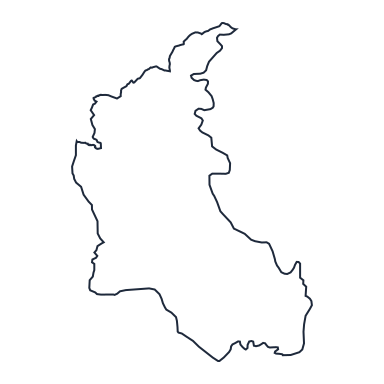 the district of Pan de Azúcar, Maldonado, Uruguay
{"feature_id": "84410073B72110220919520", "entity_name": "Pan de Azúcar", "entity_type": "district", "adm_level": 2, "iso_a3": "URY", "parent_name": "Uruguay", "parent_adm1": "Maldonado", "projection": "natural_earth1", "projection_center": [-55.245, -34.679], "detail": "fine", "context": "isolated", "style": "outline", "palette": "slate", "viewbox_px": 384, "rotation_deg": 0, "n_neighbors": 0, "source": "geoboundaries", "source_scale": "gbopen_adm2", "svg_char_len": 5589}
<svg xmlns="http://www.w3.org/2000/svg" viewBox="0 0 384 384"><path d="M76.7,141.2L75.9,145.5L75.9,155.2L74.0,160.7L72.1,166.5L72.5,173.4L73.7,175.5L74.2,178.9L76.1,182.6L81.1,186.8L83.6,194.7L88.6,201.6L91.9,205.0L92.0,209.5L97.5,221.2L97.7,233.5L100.2,238.4L103.7,242.3L101.7,243.4L97.5,246.1L96.4,250.2L94.4,252.5L97.3,255.9L96.0,257.8L92.4,259.5L92.0,262.3L94.3,263.9L94.3,270.1L93.5,272.6L92.8,276.6L89.7,280.2L89.3,287.9L90.2,290.3L95.2,292.4L97.0,294.1L101.0,294.6L113.3,294.5L114.6,294.9L117.2,293.7L120.0,291.3L125.8,290.1L149.1,288.4L154.7,289.5L159.5,294.2L161.6,298.8L162.9,303.2L164.9,307.3L166.3,309.6L171.4,312.6L176.0,317.1L176.9,320.8L177.5,327.2L177.7,331.6L178.5,332.6L181.8,333.5L186.7,336.8L193.0,340.9L198.9,346.7L212.8,357.6L218.0,361.0L219.4,361.0L223.8,357.5L229.1,352.0L230.7,349.3L231.1,346.4L232.5,344.4L235.0,343.2L238.1,341.4L239.9,341.6L240.4,344.5L242.6,347.1L244.6,348.9L245.8,349.5L247.5,348.0L247.6,344.9L249.2,341.5L251.5,341.0L253.2,341.6L253.9,345.7L256.0,346.2L259.1,345.5L261.6,344.0L263.1,342.9L265.1,343.3L266.5,345.2L268.0,346.9L269.8,347.5L273.3,347.3L276.0,347.2L277.8,347.4L278.1,349.3L275.1,351.5L274.7,352.9L276.1,353.6L279.2,353.8L282.0,354.2L282.9,354.8L282.9,355.2L290.7,355.0L299.4,352.2L302.3,349.5L304.0,343.4L303.5,331.7L304.1,324.3L305.6,315.8L309.9,308.9L311.9,305.2L311.4,301.1L309.9,298.7L307.3,296.6L305.6,295.9L306.2,286.7L303.2,283.9L303.4,280.3L300.1,277.7L300.1,266.9L300.1,263.6L298.6,262.0L296.7,261.9L295.0,264.9L294.0,267.7L292.6,269.9L290.6,272.4L287.2,274.0L284.5,273.7L281.3,272.2L278.7,267.8L277.0,265.5L275.3,261.5L274.9,259.2L272.6,251.3L269.1,243.8L266.6,242.3L261.8,242.5L255.0,241.2L251.1,239.7L244.7,233.8L233.9,228.6L230.7,222.4L223.0,214.2L220.4,211.3L217.1,202.1L214.2,195.9L212.7,193.7L209.5,184.8L209.4,175.7L212.2,173.7L221.1,173.7L225.8,173.8L228.8,172.8L229.8,170.0L230.1,163.2L227.7,158.0L227.2,155.4L222.7,152.8L216.1,149.5L212.1,146.4L211.3,137.7L208.4,135.4L202.3,132.4L200.1,130.6L198.6,128.3L201.3,124.7L202.8,120.5L201.4,118.3L196.3,115.7L194.7,113.9L195.5,110.8L198.6,108.7L201.3,108.9L204.3,110.2L210.5,109.1L212.8,107.7L213.6,106.3L213.7,103.1L212.7,99.2L211.6,96.1L208.4,92.2L205.5,89.7L205.9,87.6L207.9,83.8L208.0,81.4L206.7,80.0L203.8,79.6L200.2,80.2L197.9,81.1L196.1,80.8L194.1,80.1L191.6,77.8L191.0,75.6L193.8,74.0L200.3,73.7L203.6,72.7L206.1,70.3L207.2,66.1L209.0,61.7L216.7,53.0L220.0,50.7L222.0,48.1L222.0,46.1L220.6,44.5L217.4,41.2L217.0,37.8L218.0,36.1L219.8,34.6L223.8,34.8L229.0,34.3L231.2,33.4L236.1,29.3L235.7,29.3L234.6,29.0L232.4,28.3L231.6,27.7L230.9,27.2L230.5,26.8L230.2,26.5L228.9,25.1L228.3,25.0L228.2,25.0L227.9,24.6L227.8,24.3L227.6,24.2L226.9,24.2L226.2,24.1L224.4,23.4L223.9,23.1L222.1,23.0L221.8,23.2L221.3,23.7L219.8,25.7L219.4,26.1L219.1,26.3L212.4,28.5L212.1,28.7L210.9,29.1L210.7,29.2L210.1,29.4L209.6,29.8L208.0,31.0L207.4,31.1L207.0,31.2L206.7,31.2L204.8,31.9L204.6,32.1L204.0,32.4L203.2,33.1L202.7,33.4L202.6,33.6L202.2,33.8L202.1,34.0L201.7,34.2L201.1,33.6L197.9,32.5L195.3,32.4L192.0,33.8L190.2,35.0L188.7,36.4L187.7,37.6L186.7,38.9L185.6,39.8L183.7,41.6L183.7,42.0L183.8,42.8L183.8,44.0L183.7,44.2L183.2,44.4L182.4,44.5L180.1,45.1L179.6,45.3L179.1,45.5L178.5,45.7L177.9,45.8L175.7,46.4L175.0,46.7L174.8,46.8L174.6,47.2L174.5,47.5L174.2,48.1L173.9,48.8L173.1,50.2L173.0,50.5L172.7,51.2L172.5,51.6L172.1,52.4L171.5,53.3L171.3,53.7L170.7,54.7L170.1,55.7L169.9,56.1L169.6,57.9L169.1,58.9L169.1,59.4L169.0,59.7L169.1,60.5L169.3,61.6L169.6,62.2L169.7,62.7L169.7,63.2L169.9,64.0L169.7,64.8L169.7,65.0L169.5,65.6L169.5,66.3L169.3,67.1L169.4,67.4L169.4,67.6L169.4,67.9L169.9,70.5L169.9,71.2L169.9,71.3L169.4,71.2L168.9,71.1L167.1,70.8L165.7,70.5L165.0,70.4L164.5,70.5L161.8,69.2L161.2,69.0L160.4,68.9L160.1,68.8L158.7,67.9L157.0,66.7L156.4,66.4L156.0,66.4L155.6,66.5L153.0,67.2L151.9,67.7L151.5,67.7L150.9,67.4L150.1,67.9L149.2,68.8L148.6,69.2L148.0,69.3L147.7,69.5L146.8,70.1L145.5,70.5L145.1,70.9L144.2,72.1L142.5,74.8L140.1,77.9L139.8,78.2L139.6,78.3L138.2,78.6L137.7,78.8L137.3,79.2L134.7,82.0L134.3,82.4L133.7,82.7L133.4,82.7L133.2,82.5L131.9,80.6L131.7,80.5L131.4,80.6L130.9,81.0L129.0,83.5L128.6,83.9L127.7,84.1L127.4,84.3L127.2,84.7L126.6,85.9L126.4,86.2L124.0,87.5L121.7,88.8L121.5,89.2L121.2,90.1L121.0,90.8L121.1,91.9L121.0,92.7L120.9,93.1L120.8,93.5L120.7,94.0L120.7,96.2L117.0,98.5L111.2,96.4L108.4,95.2L105.5,94.9L102.6,95.0L101.6,95.0L101.2,94.8L100.9,94.8L100.7,95.0L100.2,94.9L99.9,95.0L99.6,95.3L99.2,95.3L98.9,95.5L98.6,95.5L98.6,95.8L98.4,96.0L97.9,96.0L97.5,95.9L97.3,96.0L97.2,96.0L96.8,96.3L96.5,96.3L96.5,96.5L96.1,96.7L95.9,96.9L95.7,97.0L95.1,97.3L93.6,97.9L93.6,98.7L94.7,100.7L96.5,101.6L95.0,103.6L93.1,104.5L91.9,107.7L90.7,110.2L94.1,115.1L90.8,119.0L91.8,122.7L92.4,125.0L94.9,129.1L94.5,132.9L92.7,136.9L93.0,137.7L94.1,138.9L95.6,139.3L96.8,140.2L97.1,141.2L97.5,142.0L98.8,142.5L100.5,142.9L100.8,143.6L101.0,148.1L100.6,148.2L99.4,148.5L98.7,148.7L97.6,148.9L97.2,148.7L96.7,148.7L96.3,148.4L96.0,148.3L95.8,148.2L95.5,147.7L95.0,147.4L94.9,147.1L94.9,146.8L95.2,146.5L95.3,146.2L95.2,145.9L94.8,145.6L94.4,145.4L94.2,145.2L93.9,145.0L93.7,144.9L93.1,145.0L92.7,144.9L92.0,145.0L91.9,145.1L91.6,145.2L91.3,145.1L91.2,145.1L90.9,145.1L90.5,144.9L90.4,145.0L90.0,145.2L89.9,145.1L89.6,144.8L89.3,144.7L89.1,144.9L88.8,145.0L88.7,144.9L88.4,144.8L87.9,144.3L87.9,144.2L88.0,144.1L87.8,143.7L87.5,143.7L86.5,143.6L86.3,143.5L86.0,143.3L85.7,143.1L85.5,142.8L85.3,142.7L84.4,142.9L83.8,142.9L81.0,142.7L80.6,142.5L79.6,142.0L78.7,142.0L77.7,142.0L77.4,141.9L76.9,141.5L76.7,141.2Z" fill="none" stroke="#1e293b" stroke-width="2"/></svg>